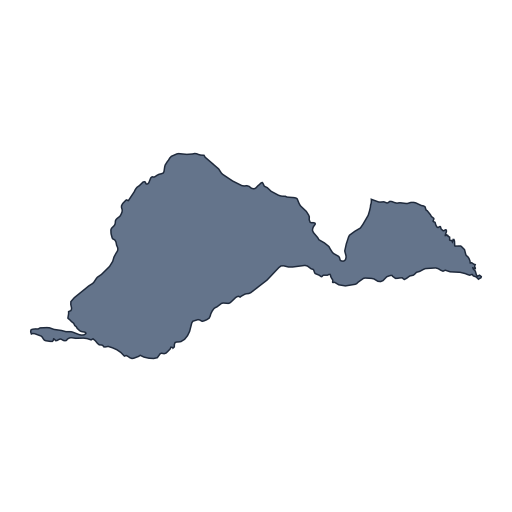 the State of Barinas
{"feature_id": "VEN-26", "entity_name": "Barinas", "entity_type": "State", "adm_level": 1, "iso_a3": "VEN", "parent_name": "Venezuela", "parent_adm1": "", "projection": "robinson", "projection_center": [-69.659, 8.155], "detail": "fine", "context": "isolated", "style": "filled", "palette": "slate", "viewbox_px": 512, "rotation_deg": 0, "n_neighbors": 0, "source": "natural_earth", "source_scale": "10m", "svg_char_len": 6048}
<svg xmlns="http://www.w3.org/2000/svg" viewBox="0 0 512 512"><path d="M427.2,210.7L430.4,214.7L431.4,216.5L433.6,218.2L433.9,218.9L433.3,220.4L433.1,221.3L433.5,221.7L434.7,222.1L435.1,222.5L435.5,224.0L436.0,225.4L436.7,226.6L437.4,227.4L438.2,227.5L439.6,226.6L440.3,226.6L440.6,227.1L441.1,229.0L443.1,230.7L443.9,230.7L445.4,229.8L446.0,229.8L446.5,231.0L446.2,232.3L445.6,233.8L445.3,235.5L446.0,235.5L446.6,234.8L446.9,234.9L447.2,235.3L447.8,235.5L447.7,235.8L448.4,236.5L449.6,237.1L449.7,237.9L449.6,239.9L449.9,240.3L451.6,240.5L452.0,241.0L452.4,241.9L453.1,240.3L453.1,239.5L453.9,239.5L454.3,240.4L454.5,241.4L454.7,245.7L455.1,246.1L460.6,246.0L461.3,246.4L464.5,249.6L465.8,254.6L466.4,255.7L467.6,256.5L468.9,258.3L469.9,260.7L470.3,263.0L471.6,262.7L473.8,264.2L475.2,264.6L474.8,265.7L474.7,266.5L474.8,267.2L475.3,267.9L475.3,268.6L472.9,267.9L473.1,268.8L475.3,271.1L476.4,274.9L477.5,276.2L479.5,275.2L481.3,276.6L481.0,277.7L478.4,279.2L478.2,278.8L475.9,276.8L473.5,276.0L473.1,275.7L472.5,274.7L472.1,274.4L469.6,275.2L467.5,274.5L465.3,273.6L460.1,272.3L450.1,271.8L445.3,270.2L443.0,271.2L440.7,270.2L438.3,268.7L435.7,267.9L425.3,268.6L423.4,269.4L419.7,271.4L416.5,272.3L414.5,274.3L413.3,275.2L409.7,276.0L406.6,278.3L404.3,279.5L403.3,278.8L402.3,277.8L400.1,277.9L397.6,278.3L395.5,278.4L392.6,276.3L392.0,275.4L390.8,275.4L388.7,276.0L386.7,276.8L383.0,280.6L380.6,281.6L377.9,281.3L373.9,278.9L371.5,278.4L365.1,278.0L363.4,278.4L358.1,282.2L356.6,283.7L355.1,284.3L345.4,285.9L338.8,284.8L334.8,282.4L334.4,282.3L333.1,282.5L332.7,282.4L332.6,282.0L332.8,280.5L332.7,280.0L331.4,277.9L330.8,276.7L330.6,275.6L330.1,274.4L329.0,274.4L327.4,275.2L323.5,275.2L323.0,275.4L322.0,276.5L321.3,276.7L319.2,275.2L315.3,273.6L314.7,272.9L313.7,270.1L313.1,269.4L311.1,268.8L307.4,266.0L304.9,265.4L292.5,267.0L288.5,267.0L283.6,265.8L281.1,265.9L278.9,267.5L267.0,280.1L250.7,292.7L248.8,293.5L246.1,293.8L244.8,294.2L241.2,296.2L240.1,297.1L238.7,296.3L237.2,296.6L235.7,297.5L231.1,301.9L229.7,303.0L228.3,303.4L223.2,303.0L221.5,303.4L216.9,306.9L215.5,307.5L214.0,308.5L212.2,311.0L210.8,313.8L210.2,316.0L209.1,318.2L206.6,319.8L203.9,320.9L202.2,321.3L201.5,321.0L199.8,320.0L198.7,319.7L197.7,319.7L192.9,321.2L191.8,322.8L189.6,331.4L187.5,335.7L184.6,339.3L180.9,341.6L178.8,341.9L176.7,342.0L175.1,342.5L174.4,344.4L174.3,346.9L173.0,348.1L172.9,347.8L172.2,347.4L170.9,347.2L170.2,348.9L167.6,351.6L166.0,353.1L164.1,353.7L161.5,353.2L160.2,353.7L157.3,357.7L153.6,358.5L148.8,358.2L144.0,357.1L140.2,355.3L138.6,356.4L133.8,358.2L132.0,358.5L130.0,357.8L128.0,356.4L126.2,355.5L124.4,356.1L120.9,352.5L116.8,349.7L112.5,347.8L108.2,346.4L105.5,346.9L103.9,346.9L102.7,345.4L101.6,345.0L99.2,344.8L97.5,343.4L95.3,340.7L93.0,338.8L91.1,339.9L87.2,338.6L83.5,338.1L75.7,338.3L71.6,337.7L69.8,337.8L67.5,339.0L66.6,340.2L66.0,340.6L64.7,340.7L63.5,340.5L61.4,339.3L60.3,339.0L59.3,339.3L57.0,340.5L55.7,340.7L54.4,339.2L53.6,338.9L53.3,340.3L52.4,341.4L50.2,341.4L45.7,340.7L44.4,340.2L43.5,339.1L41.9,336.7L41.0,336.0L34.7,333.7L32.6,333.5L31.4,334.0L30.8,332.3L30.7,331.6L30.9,330.3L31.1,329.8L31.7,329.5L32.9,329.2L35.6,328.9L37.1,329.0L38.3,328.9L40.1,327.9L46.9,327.6L49.5,327.8L53.9,329.4L61.5,330.5L66.0,331.7L70.3,331.7L71.4,331.8L72.6,332.1L79.1,334.6L81.4,335.1L83.2,335.0L84.1,334.8L85.6,333.9L85.9,333.5L85.9,333.1L85.5,332.6L84.8,332.1L82.1,331.7L80.8,331.3L79.6,330.6L77.2,328.4L76.2,326.6L74.8,325.6L73.7,323.3L71.5,321.6L69.6,319.6L68.4,318.7L67.9,318.1L68.6,313.8L68.6,311.6L70.9,310.6L71.4,309.5L71.6,308.1L70.8,304.5L70.9,301.6L74.3,297.7L88.8,285.9L92.6,283.5L93.9,282.2L96.4,278.4L97.4,277.2L101.4,274.5L109.6,266.4L112.7,261.4L114.0,257.0L116.0,253.3L117.4,251.1L117.8,249.9L117.8,248.4L117.6,247.5L116.6,245.2L116.1,242.5L115.7,241.4L114.8,240.0L114.4,239.7L112.8,238.9L112.2,238.0L111.2,234.3L111.0,233.0L110.9,229.9L111.2,229.0L111.6,228.2L114.3,225.5L115.0,224.2L115.3,222.8L115.4,221.0L115.7,220.2L116.2,219.4L117.3,218.3L119.9,216.3L121.0,214.5L122.0,212.1L122.2,210.8L122.2,209.8L121.5,207.4L121.5,205.9L122.2,204.4L122.9,203.3L125.8,200.3L126.3,200.0L126.8,199.9L127.4,200.4L128.4,200.6L134.5,191.4L134.9,190.3L135.9,188.7L137.0,187.3L139.4,185.6L143.1,182.0L144.8,181.7L145.5,182.5L145.9,183.6L146.3,184.0L147.3,184.0L147.8,183.8L148.8,182.8L150.7,178.0L151.6,177.1L152.5,176.8L153.8,177.1L154.6,176.9L157.2,175.2L159.0,174.3L161.1,173.8L163.0,173.2L163.5,172.5L164.0,171.6L164.7,166.8L165.2,165.0L167.4,161.5L168.5,160.2L169.7,158.1L171.4,156.3L176.9,153.9L178.6,153.6L186.8,154.4L192.4,154.0L194.8,153.5L196.8,153.8L198.5,154.5L200.8,155.1L204.0,155.3L205.1,157.2L218.7,169.0L221.3,173.0L222.6,174.3L232.6,181.0L241.8,185.6L244.2,186.0L246.8,185.7L249.1,186.4L251.5,188.3L253.6,188.8L255.0,188.5L255.9,187.9L258.2,185.5L259.5,184.5L260.4,183.5L261.0,183.0L262.2,182.5L262.8,183.1L264.3,186.2L267.3,187.7L271.1,191.3L278.4,195.2L280.5,195.9L282.1,196.2L285.5,196.3L286.1,196.7L287.2,197.1L293.9,197.6L295.8,198.0L296.6,198.4L297.2,198.9L299.0,203.3L300.1,205.3L300.8,206.2L306.3,211.4L308.7,215.2L309.3,216.9L309.2,219.7L310.1,222.2L310.5,222.5L311.1,222.7L313.5,222.7L314.6,223.0L315.1,223.3L315.2,223.9L315.1,224.4L313.8,226.2L313.2,227.2L312.8,228.3L312.5,229.6L312.5,230.4L312.9,231.5L313.7,232.9L317.7,237.6L318.6,239.2L319.0,239.8L324.4,242.9L328.4,246.1L329.0,246.7L330.1,248.8L332.4,252.4L333.7,253.6L338.5,256.3L339.1,257.0L339.5,257.7L340.1,260.0L341.0,260.8L342.2,261.1L343.5,261.1L344.0,260.9L344.9,260.3L345.6,259.4L346.1,257.2L346.0,255.8L344.9,251.6L344.8,250.7L346.3,243.9L348.6,236.9L349.5,235.2L354.8,231.3L360.4,228.0L362.9,224.4L368.2,215.3L369.5,211.0L370.4,207.2L370.6,205.1L371.2,203.1L371.4,200.9L371.3,199.3L378.7,202.0L380.2,202.1L383.8,201.8L387.0,203.0L387.9,202.8L389.8,201.4L390.7,201.4L392.0,201.6L394.6,202.6L397.0,203.2L399.2,202.8L400.5,202.8L406.2,203.5L407.4,203.5L411.0,202.4L413.7,202.4L415.8,202.9L421.3,205.5L423.4,205.9L424.4,206.4L425.1,206.9L425.7,209.0L426.3,210.3L427.2,210.7Z" fill="#64748b" stroke="#1e293b" stroke-width="1.5"/></svg>